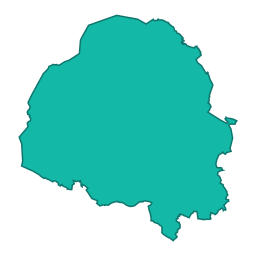 Vinje nor, Telemark, Norway
{"feature_id": "86288312B99450308134053", "entity_name": "Vinje nor", "entity_type": "district", "adm_level": 2, "iso_a3": "NOR", "parent_name": "Norway", "parent_adm1": "Telemark", "projection": "mercator", "projection_center": [7.901, 59.807], "detail": "fine", "context": "isolated", "style": "filled", "palette": "teal", "viewbox_px": 256, "rotation_deg": 0, "n_neighbors": 0, "source": "geoboundaries", "source_scale": "gbopen_adm2", "svg_char_len": 5801}
<svg xmlns="http://www.w3.org/2000/svg" viewBox="0 0 256 256"><path d="M88.6,25.3L82.3,36.5L80.5,40.1L79.4,53.6L68.8,60.4L64.6,61.8L59.1,65.3L58.1,65.2L56.6,64.5L54.3,64.9L53.1,64.4L51.1,65.6L49.1,66.3L48.8,66.7L48.4,68.1L48.0,68.9L43.4,73.6L31.9,94.6L28.2,102.2L28.1,102.7L28.6,104.0L28.9,104.7L30.2,106.5L30.1,107.3L29.4,109.0L28.7,110.0L28.3,110.1L27.2,112.1L27.6,112.6L27.7,113.2L28.0,113.4L28.0,113.7L27.6,114.1L27.7,114.4L29.8,115.1L29.8,115.6L29.3,116.6L30.5,118.2L30.7,119.6L30.2,121.0L28.7,121.5L27.3,123.1L27.9,126.9L19.2,137.1L21.7,143.9L22.7,161.3L21.6,166.0L33.0,171.1L39.9,175.2L40.2,175.8L43.9,178.4L45.4,177.8L45.5,178.1L46.5,178.8L48.3,179.3L52.7,181.8L53.3,181.5L53.7,180.9L54.0,180.8L55.4,180.9L58.6,183.4L58.3,184.5L58.8,185.2L60.3,186.0L60.9,185.4L61.0,184.8L61.9,184.5L62.0,184.5L62.0,185.3L62.4,185.6L64.1,186.6L66.1,187.2L67.5,188.3L67.2,189.0L67.5,189.1L71.7,189.7L72.4,184.8L74.3,183.8L73.3,180.4L75.0,180.9L75.3,181.3L76.3,181.6L77.5,181.1L80.5,180.7L80.4,181.1L79.7,181.9L81.0,183.0L81.3,183.6L81.8,184.0L81.1,184.6L81.3,184.8L81.1,185.1L81.2,185.7L81.5,186.1L81.4,186.2L82.1,186.7L81.9,185.5L82.5,184.7L82.8,185.0L84.4,185.4L85.3,185.9L87.8,188.4L86.2,190.1L87.6,191.9L91.8,198.5L97.4,200.7L97.2,201.2L97.4,201.7L97.4,202.3L96.7,203.3L97.9,204.4L99.0,205.0L99.8,205.9L104.3,204.7L104.8,205.4L106.2,204.9L108.2,205.2L111.6,202.9L112.8,202.6L113.6,202.1L115.8,201.8L116.4,201.4L117.0,201.3L117.5,201.9L118.6,201.9L120.0,202.5L121.3,202.3L124.4,203.5L125.4,204.5L128.1,205.9L130.8,206.5L134.4,205.8L139.5,201.9L140.7,201.9L141.7,201.5L142.0,201.8L142.7,201.9L142.8,201.6L144.4,201.0L145.6,200.9L149.9,201.8L151.3,202.4L151.9,202.8L150.5,205.3L148.9,205.7L148.3,206.2L149.2,210.3L149.8,212.4L150.5,214.1L150.6,215.6L151.3,218.5L150.9,220.6L152.0,220.9L152.9,220.6L153.7,221.9L154.6,222.5L158.6,223.8L158.8,224.4L159.3,224.9L161.3,226.0L162.2,228.1L161.8,229.4L162.2,230.1L161.7,232.3L162.3,233.0L162.6,233.7L166.7,236.6L170.4,238.4L171.2,239.2L173.3,240.6L174.3,239.2L175.3,238.7L176.3,237.9L176.5,237.4L177.1,236.9L177.1,236.7L176.5,236.2L176.5,235.9L176.0,235.5L175.8,234.7L175.5,234.4L175.7,233.3L176.3,232.8L177.2,232.6L177.5,232.1L177.4,231.5L177.8,230.9L177.4,230.2L177.6,229.4L178.3,229.2L179.8,228.3L180.0,227.8L180.1,226.5L179.9,226.1L180.1,225.6L179.8,224.8L180.0,224.3L179.3,223.7L179.2,222.4L178.3,222.5L177.6,221.8L177.1,221.8L176.4,220.7L176.2,220.1L176.4,218.9L177.5,218.9L178.2,218.2L177.7,217.6L177.6,216.5L178.1,216.4L178.3,216.1L179.3,216.3L179.7,216.1L179.8,215.6L179.4,214.6L179.4,214.2L179.5,214.1L180.7,214.5L180.7,214.2L182.3,214.6L184.1,215.7L186.6,216.5L187.9,217.4L188.4,217.5L188.7,217.3L189.2,217.6L191.3,213.7L192.6,213.2L193.1,212.6L193.6,211.4L195.4,211.5L196.1,211.3L196.9,212.0L197.3,213.4L197.7,216.8L197.9,217.2L197.8,217.7L197.9,218.7L201.3,219.1L202.7,219.6L208.9,219.2L210.0,219.4L210.9,218.6L210.6,218.0L210.2,216.8L210.3,216.0L210.1,215.6L210.5,215.2L210.6,214.7L210.4,214.4L210.5,214.3L211.0,213.9L211.0,213.2L210.8,212.7L213.9,213.8L215.1,214.6L216.0,214.1L217.3,212.7L218.0,211.6L218.2,210.5L220.9,208.9L221.9,207.9L223.4,209.8L223.4,210.5L224.3,209.7L225.1,209.6L225.8,210.7L225.7,210.4L225.7,209.1L225.5,208.2L224.2,205.8L223.8,205.2L225.1,204.2L226.9,202.0L228.7,201.1L228.5,200.8L228.4,199.7L227.0,199.6L226.1,199.3L226.1,199.1L225.8,199.0L226.0,198.7L225.9,198.0L226.6,196.6L226.5,196.4L226.7,196.0L227.6,195.4L227.7,194.5L226.9,193.4L226.8,192.6L226.9,191.7L224.4,187.7L223.1,186.3L223.3,185.2L223.0,184.6L221.5,183.8L220.8,183.8L220.2,183.4L221.1,180.3L220.6,179.1L220.4,178.1L219.2,176.1L217.5,174.8L218.0,172.0L220.8,170.7L221.0,170.3L221.8,170.5L223.0,170.2L222.7,170.1L222.3,169.6L221.6,167.9L220.0,167.6L218.8,168.0L218.4,167.7L216.9,167.6L215.8,164.0L216.8,159.7L218.8,154.9L221.6,153.3L222.5,152.2L223.3,152.3L223.4,153.1L225.2,154.2L226.6,152.6L231.1,151.3L230.0,148.7L230.3,147.5L231.3,143.4L232.6,138.2L231.9,134.2L230.9,129.0L229.0,125.6L229.0,124.2L235.0,124.1L235.3,123.7L235.6,122.4L236.8,120.9L235.1,120.0L233.0,119.1L230.4,118.5L227.2,118.2L226.0,117.3L225.8,118.4L225.5,118.4L225.1,118.9L226.1,120.4L228.0,122.0L226.6,123.4L220.3,120.0L207.8,112.1L209.4,110.2L210.2,108.0L210.9,107.1L210.9,106.5L210.4,105.2L209.7,104.5L209.8,104.3L209.6,104.0L209.3,103.6L209.0,103.7L208.9,103.3L209.0,103.1L208.1,102.9L208.6,101.8L208.8,101.1L209.2,100.6L209.2,100.1L209.2,99.8L209.0,99.3L209.1,99.1L209.0,98.8L209.0,98.4L208.9,97.8L209.6,97.2L209.6,96.2L209.4,95.9L209.5,95.3L209.4,95.2L212.7,85.5L212.7,84.5L209.9,79.2L208.6,74.9L208.0,74.1L208.0,73.2L208.1,72.8L207.6,72.2L206.3,73.8L201.3,65.5L197.7,62.8L196.1,59.4L201.1,55.2L201.1,54.6L200.4,53.9L200.7,53.7L200.5,52.7L200.7,52.4L200.6,51.8L199.5,51.0L199.6,50.3L199.3,50.2L199.1,49.3L198.2,48.8L198.3,48.3L197.0,47.5L196.6,46.9L196.9,46.3L196.7,46.3L195.5,46.4L194.9,47.0L194.7,47.3L194.8,47.5L194.5,47.8L193.8,48.0L192.9,47.5L191.6,47.4L187.0,45.7L186.6,45.3L186.4,44.7L185.2,43.7L183.9,43.6L183.7,44.0L184.0,44.1L183.9,44.3L183.5,44.2L183.5,43.8L182.5,44.1L182.4,43.8L182.6,43.5L183.0,43.1L183.4,43.5L183.5,43.1L182.3,42.5L181.8,42.7L181.5,42.6L181.4,42.3L181.7,41.5L182.0,41.2L183.3,41.0L183.8,41.1L184.1,40.8L184.0,40.5L183.3,40.2L182.7,39.7L182.5,39.3L181.8,39.1L181.7,38.9L183.0,38.6L183.0,38.1L182.9,37.6L181.9,36.8L181.4,36.0L181.1,35.9L180.2,34.6L178.5,33.4L177.9,33.6L177.2,33.3L176.7,32.3L176.3,31.2L174.9,30.8L174.8,30.5L174.3,29.8L173.8,27.7L173.2,26.9L172.4,26.6L171.3,25.8L171.2,25.5L169.8,24.7L169.6,24.3L169.1,23.9L169.1,23.5L169.0,23.3L168.3,22.9L168.3,22.6L167.8,22.3L167.4,22.4L166.0,22.0L165.1,21.2L163.5,20.6L162.9,20.1L161.1,19.9L158.5,20.1L158.1,20.0L158.1,19.7L158.3,19.2L158.1,19.2L157.8,19.4L157.6,20.2L154.9,20.7L153.8,20.3L153.3,19.3L146.1,24.0L137.6,19.2L116.6,15.4L88.6,25.3Z" fill="#14b8a6" stroke="#0f766e" stroke-width="1.5"/></svg>